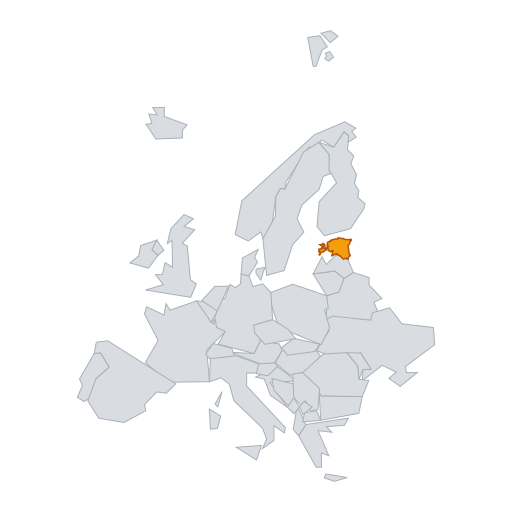 Estonia on a map of Europe (orthographic projection)
{"feature_id": "EST", "entity_name": "Estonia", "entity_type": "country or territory", "adm_level": 0, "iso_a3": "EST", "parent_name": "Europe", "parent_adm1": "", "projection": "orthographic", "projection_center": [24.591, 58.582], "detail": "fine", "context": "in_parent", "style": "filled", "palette": "amber", "viewbox_px": 512, "rotation_deg": 0, "n_neighbors": 37, "source": "natural_earth", "source_scale": "50m", "svg_char_len": 9725}
<svg xmlns="http://www.w3.org/2000/svg" viewBox="0 0 512 512"><path d="M307.7,37.5L319.9,35.7L327.3,46.7L322.0,50.1L316.0,66.3L313.2,66.4L307.7,37.5ZM356.1,137.1L347.6,142.7L348.6,135.7L344.0,132.0L333.7,147.3L321.3,139.8L315.6,149.1L308.8,146.9L285.9,182.1L284.7,189.4L280.4,188.5L275.7,197.2L271.7,227.4L262.9,238.7L260.8,231.9L248.2,241.0L235.2,234.6L241.8,200.9L314.3,134.9L344.8,121.8L355.8,128.2L351.7,131.3L356.1,137.1ZM338.1,36.3L330.3,42.6L320.9,33.3L330.4,30.7L338.1,36.3ZM333.5,57.3L328.6,61.1L324.8,58.7L326.5,56.4L325.4,53.2L329.7,51.5L333.5,57.3Z" fill="#d9dde1" stroke="#a8b0b8" stroke-width="1"/><path d="M196.5,300.9L225.2,331.6L206.7,350.1L209.5,381.7L167.4,382.2L145.4,362.5L158.1,340.5L144.5,313.8L146.6,306.8L164.0,315.1L166.0,303.7L170.1,310.1L196.5,300.9ZM215.0,404.1L222.0,391.6L217.9,406.8L215.0,404.1Z" fill="#d9dde1" stroke="#a8b0b8" stroke-width="1"/><path d="M262.9,238.7L275.5,216.0L275.7,197.2L280.4,188.5L284.7,189.4L303.6,151.9L318.9,142.3L329.2,154.4L330.3,173.7L323.2,176.4L319.1,189.4L302.0,204.9L297.0,218.7L303.9,232.2L292.5,244.9L284.2,270.5L266.6,275.4L262.9,238.7Z" fill="#d9dde1" stroke="#a8b0b8" stroke-width="1"/><path d="M353.4,272.5L369.1,277.6L369.1,285.1L381.9,298.5L373.9,302.2L377.8,311.7L370.8,320.2L326.5,319.3L326.6,295.8L338.8,292.0L344.0,278.5L353.4,272.5Z" fill="#d9dde1" stroke="#a8b0b8" stroke-width="1"/><path d="M406.5,372.6L417.3,372.6L400.1,386.4L388.9,378.3L396.3,372.1L382.2,365.3L362.2,380.9L362.9,369.6L371.0,369.2L360.7,353.1L335.0,357.7L316.4,350.6L328.9,330.9L326.5,319.3L332.9,316.2L370.8,320.2L372.5,312.8L389.6,307.8L401.9,323.8L433.4,327.5L434.7,344.6L405.3,366.6L406.5,372.6Z" fill="#d9dde1" stroke="#a8b0b8" stroke-width="1"/><path d="M326.6,295.8L328.3,308.1L324.6,310.1L329.6,328.0L321.1,344.7L279.1,327.5L269.5,300.2L270.9,292.5L292.7,284.2L326.6,295.8Z" fill="#d9dde1" stroke="#a8b0b8" stroke-width="1"/><path d="M281.9,350.9L273.8,364.3L264.1,365.5L230.3,352.3L254.0,353.5L260.5,340.4L279.4,344.0L281.9,350.9Z" fill="#d9dde1" stroke="#a8b0b8" stroke-width="1"/><path d="M316.4,350.6L320.4,356.1L308.2,371.1L290.0,375.3L275.3,362.9L281.9,350.9L316.4,350.6Z" fill="#d9dde1" stroke="#a8b0b8" stroke-width="1"/><path d="M346.8,352.7L360.7,353.1L371.0,369.2L362.9,369.6L359.0,379.3L357.7,366.2L346.8,352.7Z" fill="#d9dde1" stroke="#a8b0b8" stroke-width="1"/><path d="M359.0,379.3L368.8,380.5L362.2,396.6L321.2,396.1L302.6,372.6L323.4,354.0L346.8,352.7L357.7,366.2L359.0,379.3Z" fill="#d9dde1" stroke="#a8b0b8" stroke-width="1"/><path d="M344.0,278.5L338.8,292.0L326.6,295.8L313.2,273.9L334.7,271.0L344.0,278.5Z" fill="#d9dde1" stroke="#a8b0b8" stroke-width="1"/><path d="M347.8,259.5L353.4,272.5L344.0,278.5L334.7,271.0L313.2,273.9L322.0,256.8L326.2,264.5L336.3,254.8L347.8,259.5Z" fill="#d9dde1" stroke="#a8b0b8" stroke-width="1"/><path d="M270.9,292.5L272.6,319.7L253.9,325.1L260.5,340.4L254.0,353.5L218.1,344.1L225.2,331.6L216.5,327.4L215.0,317.4L218.9,300.6L224.9,298.4L230.0,284.5L235.5,287.6L240.5,283.8L241.1,274.1L248.9,275.8L252.8,286.6L262.7,283.8L270.9,292.5Z" fill="#d9dde1" stroke="#a8b0b8" stroke-width="1"/><path d="M319.2,392.1L321.2,396.1L362.2,396.6L358.8,413.3L320.7,420.3L319.2,392.1Z" fill="#d9dde1" stroke="#a8b0b8" stroke-width="1"/><path d="M347.2,477.6L334.3,481.3L324.3,477.9L325.9,473.9L347.2,477.6ZM305.9,424.5L348.4,418.1L344.4,425.3L326.5,426.7L331.8,432.2L318.0,430.7L328.8,455.7L321.4,453.0L321.5,467.2L316.1,467.1L298.6,435.8L305.9,424.5Z" fill="#d9dde1" stroke="#a8b0b8" stroke-width="1"/><path d="M305.9,424.5L298.6,435.8L293.2,429.4L297.1,406.1L305.9,424.5Z" fill="#d9dde1" stroke="#a8b0b8" stroke-width="1"/><path d="M277.5,366.6L296.2,381.0L270.0,382.4L287.4,407.3L270.5,395.4L264.3,379.0L255.6,377.1L277.5,366.6Z" fill="#d9dde1" stroke="#a8b0b8" stroke-width="1"/><path d="M231.9,348.4L235.1,359.7L212.8,361.5L205.6,354.4L213.2,343.5L231.9,348.4Z" fill="#d9dde1" stroke="#a8b0b8" stroke-width="1"/><path d="M213.3,317.3L214.2,324.0L211.2,322.5L213.3,317.3Z" fill="#d9dde1" stroke="#a8b0b8" stroke-width="1"/><path d="M217.3,311.0L211.2,322.5L196.5,300.9L212.0,302.5L217.3,311.0Z" fill="#d9dde1" stroke="#a8b0b8" stroke-width="1"/><path d="M228.4,286.2L217.3,311.0L201.8,300.6L214.8,286.4L228.4,286.2Z" fill="#d9dde1" stroke="#a8b0b8" stroke-width="1"/><path d="M94.2,353.6L100.5,352.8L109.3,367.1L96.0,378.7L93.9,393.9L84.3,401.6L77.3,397.4L82.4,385.6L79.5,379.0L94.2,353.6Z" fill="#d9dde1" stroke="#a8b0b8" stroke-width="1"/><path d="M87.8,400.8L96.0,378.7L109.3,367.1L100.5,352.8L94.2,353.6L96.3,342.3L107.7,340.8L175.7,383.8L166.3,393.2L156.8,391.9L144.5,404.5L145.8,410.7L124.0,422.5L98.7,418.2L87.8,400.8Z" fill="#d9dde1" stroke="#a8b0b8" stroke-width="1"/><path d="M158.2,255.2L148.4,268.2L129.9,262.9L138.7,256.0L140.7,245.5L156.8,240.1L152.0,249.8L158.2,255.2Z" fill="#d9dde1" stroke="#a8b0b8" stroke-width="1"/><path d="M236.3,355.8L258.5,363.9L258.2,373.0L246.7,373.1L246.6,385.9L285.4,427.7L284.3,432.9L273.9,425.7L274.0,440.5L262.4,448.6L266.7,439.0L262.4,428.0L233.9,400.7L229.4,384.2L221.0,377.8L209.5,381.7L210.4,358.6L236.3,355.8ZM236.4,447.3L261.4,445.4L256.5,460.0L236.4,447.3ZM209.3,409.0L220.7,416.1L217.5,428.3L210.5,429.3L209.3,409.0Z" fill="#d9dde1" stroke="#a8b0b8" stroke-width="1"/><path d="M248.9,275.8L241.1,274.1L242.4,258.0L258.2,249.4L254.7,257.3L257.4,262.3L248.9,275.8ZM264.8,267.4L260.8,280.1L256.0,273.3L256.0,269.1L264.8,267.4Z" fill="#d9dde1" stroke="#a8b0b8" stroke-width="1"/><path d="M158.2,255.2L152.0,249.8L156.8,240.1L163.8,250.3L158.2,255.2ZM172.6,267.2L172.0,240.5L167.3,243.5L170.9,228.7L184.1,214.5L193.4,218.8L184.0,226.5L194.7,229.8L182.3,243.3L187.3,246.1L190.4,279.7L196.5,284.0L190.7,297.3L145.4,290.0L163.4,284.7L155.5,274.7L162.3,274.6L165.1,262.7L172.6,267.2Z" fill="#d9dde1" stroke="#a8b0b8" stroke-width="1"/><path d="M187.1,124.9L182.6,129.8L182.4,138.0L155.9,139.0L146.0,124.2L151.9,123.6L148.8,114.0L157.1,114.9L152.7,107.6L164.3,107.4L164.2,116.5L187.1,124.9Z" fill="#d9dde1" stroke="#a8b0b8" stroke-width="1"/><path d="M258.5,363.9L275.3,362.9L277.5,366.6L267.7,375.8L256.5,373.6L258.5,363.9Z" fill="#d9dde1" stroke="#a8b0b8" stroke-width="1"/><path d="M348.6,135.7L347.5,149.7L353.8,155.9L350.8,163.7L356.5,174.7L354.4,183.6L358.9,190.7L357.7,197.4L365.1,203.7L363.8,208.9L350.5,228.7L324.4,235.7L317.0,226.6L319.2,201.7L336.6,182.7L329.0,169.8L329.2,154.4L318.9,142.3L333.7,147.3L344.0,132.0L348.6,135.7Z" fill="#d9dde1" stroke="#a8b0b8" stroke-width="1"/><path d="M319.7,344.1L314.9,351.5L287.5,355.2L281.6,347.4L293.6,338.4L319.7,344.1Z" fill="#d9dde1" stroke="#a8b0b8" stroke-width="1"/><path d="M272.6,319.7L287.9,329.1L295.5,338.6L264.9,344.3L254.5,332.6L253.9,325.1L272.6,319.7Z" fill="#d9dde1" stroke="#a8b0b8" stroke-width="1"/><path d="M288.4,405.7L274.2,390.6L271.9,378.5L295.8,384.6L295.6,397.4L288.4,405.7Z" fill="#d9dde1" stroke="#a8b0b8" stroke-width="1"/><path d="M316.6,410.7L320.7,420.3L302.8,422.0L304.4,412.7L316.6,410.7Z" fill="#d9dde1" stroke="#a8b0b8" stroke-width="1"/><path d="M292.7,374.1L302.6,372.6L319.6,388.7L317.9,409.4L310.6,411.2L305.4,400.9L301.0,405.1L293.8,397.7L292.7,374.1Z" fill="#d9dde1" stroke="#a8b0b8" stroke-width="1"/><path d="M299.5,407.2L293.9,413.7L287.4,407.3L293.8,397.7L299.5,407.2Z" fill="#d9dde1" stroke="#a8b0b8" stroke-width="1"/><path d="M303.0,414.6L299.5,407.2L304.0,401.4L312.2,407.0L303.0,414.6Z" fill="#d9dde1" stroke="#a8b0b8" stroke-width="1"/><path d="M348.2,259.0L347.3,258.9L346.4,258.5L346.0,258.2L345.7,258.3L345.3,258.5L343.7,259.1L343.3,259.0L342.4,258.4L342.0,257.8L340.9,256.6L340.8,256.3L340.7,256.1L339.6,255.8L339.2,255.3L338.9,255.3L338.4,255.1L337.2,254.1L336.9,254.0L336.8,254.4L336.8,254.5L336.6,254.5L336.3,254.2L336.0,253.9L334.9,254.5L334.5,254.6L334.2,254.7L332.5,255.4L331.9,255.9L331.7,255.8L331.8,255.4L332.5,253.4L332.6,251.9L332.9,251.6L333.0,251.4L332.8,250.9L332.1,250.6L331.8,250.6L331.6,251.2L331.3,251.6L330.6,251.8L330.1,251.4L328.8,250.8L328.5,250.1L328.4,249.4L327.8,248.6L327.5,247.8L327.6,247.2L328.2,246.8L328.4,246.5L327.6,246.6L327.4,246.2L327.1,245.1L327.4,244.7L327.6,244.4L327.3,244.0L327.4,243.6L327.6,243.3L327.5,242.4L328.3,241.9L329.0,241.6L330.6,241.4L330.4,240.6L331.0,240.6L332.1,239.6L333.1,239.8L334.6,239.1L337.6,239.1L337.9,238.7L337.9,238.3L337.9,237.9L338.4,238.0L339.3,237.9L342.8,238.7L343.6,238.6L344.8,239.4L345.4,239.6L347.3,239.5L350.2,239.8L350.7,239.2L351.0,239.3L351.4,239.8L351.5,240.1L351.4,240.3L351.1,240.5L350.9,240.9L350.5,241.0L350.3,241.2L350.1,242.0L349.6,243.5L349.0,244.6L348.4,245.2L348.2,245.7L348.1,246.2L348.1,246.8L348.7,249.8L348.8,250.3L348.7,250.9L348.6,251.4L348.7,251.9L349.1,252.8L349.5,254.0L349.7,254.8L350.0,255.1L350.3,255.3L350.3,255.6L350.2,255.7L349.1,256.2L348.9,256.6L348.8,257.0L348.4,257.6L348.2,258.1L348.2,258.8L348.2,259.0ZM322.8,248.1L323.1,248.3L323.5,248.3L323.8,248.1L324.6,248.3L326.3,249.6L326.5,249.9L325.4,250.0L325.2,250.4L324.9,250.6L324.6,250.7L324.1,251.2L323.4,251.7L323.3,252.0L322.0,251.9L321.4,252.1L320.8,252.7L320.5,253.8L320.1,254.6L319.7,254.9L319.2,254.9L319.2,254.6L319.2,254.3L320.1,253.1L320.3,252.7L319.9,252.5L319.6,252.1L318.8,251.6L318.6,251.2L318.8,251.1L319.0,251.0L319.2,250.7L319.4,250.3L318.8,249.2L319.1,249.0L319.5,249.1L319.9,249.4L320.4,249.1L320.6,249.0L320.9,249.2L321.2,248.4L322.0,248.2L322.4,248.0L322.8,248.1ZM324.4,246.0L324.0,246.5L323.8,246.3L323.6,246.1L323.0,247.2L322.4,247.4L322.0,247.1L322.1,246.7L321.8,245.6L321.2,245.2L320.5,245.2L319.9,244.7L322.1,244.5L322.3,244.0L322.8,243.4L323.1,243.4L323.4,243.5L323.4,243.9L323.5,244.1L324.4,244.4L324.8,245.1L324.9,246.0L324.4,246.0ZM326.6,248.9L326.1,249.0L325.1,248.2L325.4,247.8L325.7,247.6L326.6,247.9L326.7,248.6L326.6,248.9Z" fill="#f59e0b" stroke="#b45309" stroke-width="1.5"/></svg>